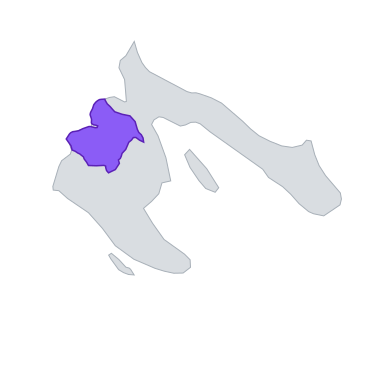 Centre on a map of Haiti (Albers equal-area conic projection), rotated 209°
{"feature_id": "HTI-1385", "entity_name": "Centre", "entity_type": "Department", "adm_level": 1, "iso_a3": "HTI", "parent_name": "Haiti", "parent_adm1": "", "projection": "albers", "projection_center": [-71.937, 19.008], "detail": "fine", "context": "in_parent", "style": "filled", "palette": "violet", "viewbox_px": 384, "rotation_deg": 209, "n_neighbors": 0, "source": "natural_earth", "source_scale": "10m", "svg_char_len": 2458}
<svg xmlns="http://www.w3.org/2000/svg" viewBox="0 0 384 384"><g transform="rotate(209 192 192)"><path d="M314.3,126.4L316.4,129.4L320.8,149.7L321.2,156.2L316.8,166.1L317.5,170.0L326.9,179.0L327.1,182.3L326.0,185.6L317.9,194.2L311.7,200.1L313.7,206.9L318.8,213.3L319.4,218.6L317.9,225.7L310.1,234.6L306.1,237.7L294.6,238.1L293.3,239.4L299.0,248.0L305.5,257.7L316.1,265.2L318.5,272.3L315.9,279.1L315.5,295.7L307.4,287.6L298.5,280.9L293.1,278.3L287.6,276.6L245.1,277.4L240.3,278.5L236.6,280.7L232.6,281.7L220.9,283.7L209.3,284.1L182.2,278.5L171.5,275.6L160.7,273.7L148.2,274.2L135.9,275.8L125.9,279.6L118.4,286.4L117.0,292.8L112.6,294.4L102.7,284.1L93.6,276.7L83.2,271.1L61.8,263.1L57.9,258.3L56.3,252.5L65.2,235.0L75.1,231.9L80.5,231.4L92.7,233.7L104.5,237.9L115.3,240.6L132.1,241.8L141.2,246.2L205.6,253.4L217.8,255.6L222.6,254.9L226.8,252.3L230.2,247.5L234.2,244.0L253.4,243.2L257.4,241.7L260.2,236.7L260.1,231.5L248.9,224.6L231.4,209.3L216.0,191.4L222.7,185.4L220.2,174.4L222.8,164.2L226.5,154.2L211.3,145.5L193.4,136.9L168.4,134.0L160.8,131.8L156.8,125.4L160.5,116.8L168.6,112.1L177.9,109.3L187.4,107.3L210.3,105.0L233.0,107.8L252.6,116.7L272.5,123.7L297.7,126.0L309.1,128.6L314.3,126.4ZM216.5,221.0L214.8,228.1L190.4,219.5L170.7,208.7L171.6,203.0L181.7,201.7L191.4,205.3L205.6,212.5L216.5,221.0ZM230.5,94.1L234.3,96.4L232.8,99.3L223.3,97.5L213.4,94.2L210.1,95.0L208.2,94.6L202.4,91.4L207.5,89.1L212.7,88.3L218.5,88.5L230.5,94.1Z" fill="#d9dde1" stroke="#a8b0b8" stroke-width="1"/><path d="M317.2,170.6L320.3,173.8L326.5,176.8L327.7,177.4L327.3,183.4L326.8,185.1L325.6,186.9L322.4,189.3L320.9,190.6L318.1,194.6L314.0,199.2L312.7,200.0L307.8,201.3L306.2,202.4L306.5,204.1L308.2,203.9L310.5,203.1L312.8,203.1L313.6,203.8L315.0,206.7L315.9,207.7L318.1,209.7L318.8,210.6L319.3,212.5L319.4,216.6L320.2,220.6L320.0,222.4L319.6,224.3L318.9,226.0L317.8,227.9L316.4,229.0L313.9,230.6L313.2,231.0L312.5,230.2L308.9,228.0L304.9,227.0L301.7,225.8L298.5,224.7L290.8,226.1L283.2,228.5L275.9,226.0L270.2,220.3L267.4,218.3L264.1,217.5L261.0,215.5L258.5,212.2L263.0,211.9L267.5,212.5L269.7,211.2L270.1,208.1L271.4,204.8L271.1,202.1L270.6,197.1L271.9,191.9L271.2,189.0L271.0,186.5L271.9,184.4L269.4,181.8L269.9,174.5L274.3,168.3L277.1,169.3L279.2,171.4L280.1,172.8L281.9,172.6L288.5,168.5L295.4,165.0L298.7,167.0L302.3,168.6L304.0,170.1L306.6,170.5L308.8,170.9L310.6,170.7L313.9,171.0L317.1,170.6L317.2,170.6Z" fill="#8b5cf6" stroke="#5b21b6" stroke-width="1.5"/></g></svg>